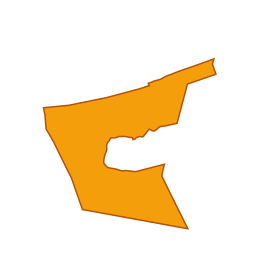 the district of Burg al-Arab, Matruh, Egypt, rotated 17°
{"feature_id": "37247803B42052057109088", "entity_name": "Burg al-Arab", "entity_type": "district", "adm_level": 2, "iso_a3": "EGY", "parent_name": "Egypt", "parent_adm1": "Matruh", "projection": "albers", "projection_center": [29.569, 30.901], "detail": "fine", "context": "isolated", "style": "filled", "palette": "amber", "viewbox_px": 256, "rotation_deg": 17, "n_neighbors": 0, "source": "geoboundaries", "source_scale": "gbopen_adm2", "svg_char_len": 2157}
<svg xmlns="http://www.w3.org/2000/svg" viewBox="0 0 256 256"><g transform="rotate(17 128 128)"><path d="M167.3,212.4L202.3,208.3L203.7,208.1L214.7,206.8L198.7,190.0L174.5,164.2L174.1,161.3L173.7,158.0L173.5,154.6L173.5,152.0L147.9,167.6L138.9,169.2L134.4,170.8L128.3,170.8L125.8,171.1L122.0,171.6L120.0,171.7L115.7,169.3L114.6,167.3L114.0,164.0L113.8,159.6L114.2,156.0L113.6,153.4L112.5,150.5L112.8,147.7L113.6,146.2L114.5,142.5L115.3,142.3L118.3,141.2L118.7,141.1L119.0,140.9L119.5,140.6L120.3,140.0L120.6,139.8L121.1,139.3L121.4,139.1L121.5,139.0L121.7,138.9L122.3,138.6L124.7,137.9L125.7,137.5L127.1,137.1L127.3,137.0L127.6,137.0L128.2,136.9L133.1,136.4L133.9,136.1L134.3,136.0L134.6,136.1L135.1,136.0L135.5,136.6L135.6,136.8L136.3,137.7L136.9,137.3L137.2,137.1L137.6,136.8L137.9,136.5L138.1,136.2L138.2,135.9L138.4,135.6L138.6,135.2L139.0,134.6L139.2,134.4L139.9,133.9L141.1,133.1L141.5,132.8L141.8,132.7L142.4,132.6L143.3,132.5L143.5,132.5L143.9,132.4L144.3,132.3L144.5,132.2L145.2,131.7L145.4,131.6L145.3,131.2L145.4,130.8L145.5,130.4L146.2,128.9L146.2,128.7L146.7,127.7L147.3,126.1L148.0,124.4L148.3,123.8L148.6,122.9L149.0,122.9L149.9,123.1L151.5,123.4L151.8,123.4L152.0,123.4L152.7,123.4L153.1,123.5L153.2,123.4L153.3,123.4L153.9,123.1L154.5,122.9L155.1,122.0L155.8,120.9L156.5,119.9L157.1,118.9L157.2,118.7L157.7,118.0L157.9,117.7L158.1,117.4L158.2,117.5L158.3,117.4L158.6,117.3L159.1,117.0L159.2,116.9L162.3,115.4L163.6,114.8L164.5,114.3L173.5,109.2L173.4,106.6L172.0,68.6L188.1,56.9L196.4,50.9L190.1,42.3L190.0,36.7L180.5,43.9L169.4,52.1L166.1,54.5L161.4,57.9L157.8,60.7L157.3,61.0L157.1,61.2L154.4,63.4L153.4,64.2L150.5,66.3L149.0,67.6L147.7,68.9L147.5,69.1L146.5,70.1L145.7,71.0L145.5,71.3L144.9,71.9L143.8,72.6L142.6,73.4L141.4,74.1L139.4,75.4L138.7,75.8L137.4,77.1L136.0,78.1L134.8,78.9L134.3,79.3L135.9,81.2L128.1,86.8L98.8,105.1L64.7,123.6L41.3,133.3L44.8,139.9L45.7,142.3L46.0,143.1L46.8,144.9L46.9,145.1L48.3,148.8L49.9,152.6L49.9,152.8L51.6,154.4L56.7,159.1L58.2,160.5L60.9,163.0L61.1,163.2L65.1,167.5L83.2,186.8L88.7,192.6L88.8,192.7L108.3,219.3L166.5,212.5L167.3,212.4Z" fill="#f59e0b" stroke="#b45309" stroke-width="1.5"/></g></svg>